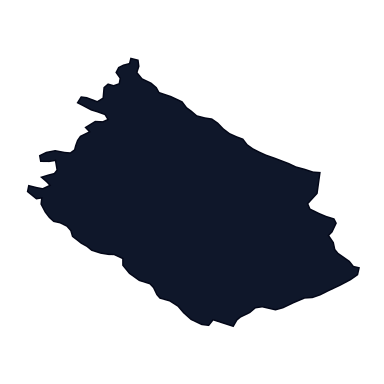 Sabáudia, Paraná, Brazil, rotated 88°
{"feature_id": "56859067B64057014053019", "entity_name": "Sabáudia", "entity_type": "district", "adm_level": 2, "iso_a3": "BRA", "parent_name": "Brazil", "parent_adm1": "Paraná", "projection": "equal_earth", "projection_center": [-51.597, -23.348], "detail": "fine", "context": "isolated", "style": "filled", "palette": "ink", "viewbox_px": 384, "rotation_deg": 88, "n_neighbors": 0, "source": "geoboundaries", "source_scale": "gbopen_adm2", "svg_char_len": 1799}
<svg xmlns="http://www.w3.org/2000/svg" viewBox="0 0 384 384"><g transform="rotate(88 192 192)"><path d="M198.8,343.2L206.9,339.3L212.4,335.4L216.5,331.2L218.1,324.9L221.7,318.2L226.3,314.4L232.2,312.9L235.7,308.6L239.3,304.4L242.5,299.0L246.7,294.2L249.9,285.2L251.4,277.5L251.7,272.0L256.1,263.4L262.8,263.6L271.1,257.3L278.5,247.7L282.2,237.2L286.2,233.7L293.3,230.6L296.9,227.7L300.0,218.0L305.6,209.9L312.4,204.5L319.3,197.3L324.7,186.9L325.8,180.0L320.4,175.4L327.6,155.5L321.5,151.7L318.6,148.0L314.4,138.5L309.9,132.8L309.1,125.8L311.1,118.3L312.6,112.7L310.8,105.2L306.3,94.9L301.8,83.2L301.6,75.4L299.2,67.6L295.6,59.8L290.2,47.2L285.1,36.7L280.4,29.5L273.6,27.7L272.1,33.4L266.8,37.3L258.4,48.4L254.4,51.4L247.5,52.6L240.2,57.2L236.7,53.5L228.2,49.1L223.9,51.1L221.2,58.9L218.0,65.8L213.2,74.8L207.7,76.9L197.7,67.1L177.1,63.5L176.4,70.3L173.3,78.7L170.6,87.5L167.0,94.4L161.1,108.4L157.8,116.9L154.5,123.5L150.9,130.0L146.7,135.4L141.0,139.4L138.4,145.7L135.0,152.6L130.1,158.6L124.1,164.0L119.8,169.7L118.5,176.6L116.1,184.7L111.2,190.0L107.6,194.6L101.6,198.8L96.0,209.7L91.5,221.6L86.5,224.1L81.9,229.1L77.2,238.1L70.7,243.0L64.5,240.8L58.4,241.4L56.4,248.4L61.5,249.9L62.9,256.1L65.1,260.9L69.9,263.6L75.8,259.7L81.3,260.9L83.1,266.6L81.3,272.1L84.6,276.2L95.1,277.5L98.5,283.5L94.1,294.0L93.2,299.4L98.8,303.2L101.4,298.5L106.4,289.8L108.5,283.7L111.5,276.2L116.6,273.3L118.8,278.7L118.2,286.2L123.8,296.1L128.3,292.1L132.5,301.5L136.5,304.5L141.7,306.6L145.8,307.8L148.8,312.2L148.1,318.0L146.0,327.3L147.4,336.2L150.4,342.9L156.0,342.1L156.4,333.6L155.6,327.3L165.4,326.0L168.8,328.9L170.1,334.8L172.0,341.9L176.7,336.8L180.4,333.6L183.6,341.1L182.3,346.9L180.0,354.9L185.8,356.3L193.3,347.7L192.6,342.3L198.8,343.2Z" fill="#0f172a" stroke="#020617" stroke-width="1.5"/></g></svg>